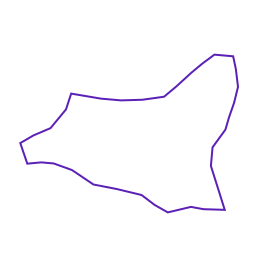 Palaiosofos, Cyprus (orthographic projection), rotated 275°
{"feature_id": "46923920B16450205187108", "entity_name": "Palaiosofos", "entity_type": "district", "adm_level": 2, "iso_a3": "CYP", "parent_name": "Cyprus", "parent_adm1": "", "projection": "orthographic", "projection_center": [33.209, 35.319], "detail": "fine", "context": "isolated", "style": "outline", "palette": "violet", "viewbox_px": 256, "rotation_deg": 275, "n_neighbors": 0, "source": "geoboundaries", "source_scale": "gbopen_adm2", "svg_char_len": 560}
<svg xmlns="http://www.w3.org/2000/svg" viewBox="0 0 256 256"><g transform="rotate(275 128 128)"><path d="M54.9,231.5L76.2,222.7L97.4,213.9L116.1,213.9L134.9,225.2L147.4,227.7L162.4,231.5L178.6,234.0L196.1,230.3L208.6,226.5L208.6,207.7L198.6,196.4L188.6,186.3L173.6,172.5L162.3,161.2L157.4,139.9L154.9,118.6L154.9,98.5L157.3,68.4L141.1,64.6L121.1,50.8L112.4,34.5L103.6,22.0L83.7,30.8L86.2,44.6L86.2,57.1L81.2,75.9L68.7,98.5L66.2,122.3L62.4,147.4L53.7,161.2L47.4,175.0L54.9,197.6L53.7,210.2L54.9,231.5Z" fill="none" stroke="#5b21b6" stroke-width="2"/></g></svg>